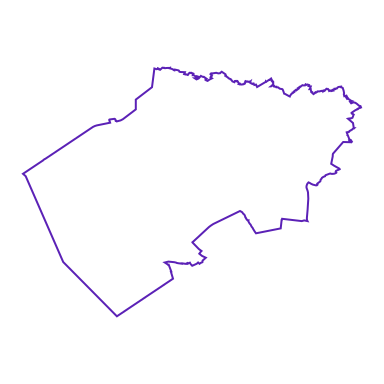 the district of Súdwest-Fryslân, Friesland, Netherlands
{"feature_id": "6326949B35163690822727", "entity_name": "Súdwest-Fryslân", "entity_type": "district", "adm_level": 2, "iso_a3": "NLD", "parent_name": "Netherlands", "parent_adm1": "Friesland", "projection": "natural_earth1", "projection_center": [5.609, 52.975], "detail": "fine", "context": "isolated", "style": "outline", "palette": "violet", "viewbox_px": 384, "rotation_deg": 0, "n_neighbors": 0, "source": "geoboundaries", "source_scale": "gbopen_adm2", "svg_char_len": 5680}
<svg xmlns="http://www.w3.org/2000/svg" viewBox="0 0 384 384"><path d="M23.0,173.8L25.7,176.2L63.2,262.0L116.9,316.3L173.0,278.7L170.9,271.7L171.3,271.6L168.7,264.7L168.2,264.9L168.0,264.6L164.8,262.5L168.4,261.6L174.3,262.2L176.1,262.6L176.6,262.9L178.0,263.2L181.8,263.7L181.7,263.3L182.0,263.3L185.9,263.9L186.0,263.9L185.9,263.8L187.4,263.0L187.9,263.6L189.3,262.8L189.9,262.7L190.0,263.1L190.6,264.0L191.9,265.5L192.1,265.4L192.4,265.7L196.8,263.7L198.1,262.5L199.5,263.8L200.7,262.9L202.4,262.2L202.6,260.6L205.8,257.7L202.0,255.9L199.3,253.7L200.7,251.8L201.5,251.0L198.8,249.0L192.4,242.4L192.5,242.1L192.9,241.9L209.0,227.0L211.0,225.5L213.3,224.0L240.0,211.0L242.3,212.3L243.0,213.5L244.3,214.6L244.9,215.7L245.3,217.0L245.6,217.4L245.5,217.5L246.7,219.5L246.9,219.5L247.6,220.4L248.5,220.3L248.4,221.2L248.9,222.4L249.8,223.8L250.6,224.6L251.5,226.5L252.7,228.0L253.1,228.9L254.7,231.5L256.0,233.3L280.7,228.4L281.5,221.1L281.6,220.1L281.8,220.1L282.1,218.8L301.8,221.1L304.2,220.4L307.5,221.1L307.1,220.3L306.9,219.4L306.9,217.8L307.6,209.7L308.3,198.7L308.0,192.4L307.6,190.8L306.5,187.7L306.5,186.1L307.0,184.5L307.4,183.7L308.5,182.4L309.5,182.8L311.1,183.8L312.8,184.6L316.0,185.4L316.8,185.3L317.4,184.8L317.5,184.7L317.1,184.0L317.2,183.7L320.1,181.5L320.5,180.9L320.5,180.2L320.7,179.6L321.6,178.6L321.9,177.9L322.4,177.5L323.5,176.8L325.1,176.2L325.4,175.4L325.6,175.2L329.8,173.6L330.3,173.5L331.1,173.8L332.2,173.9L333.5,173.8L334.6,173.6L336.1,172.9L336.3,172.7L335.9,172.2L335.7,171.5L336.1,170.8L339.7,169.2L339.6,168.9L339.3,168.6L334.1,165.7L331.2,163.8L332.7,156.5L332.8,154.5L333.0,153.7L343.2,142.0L349.8,142.2L349.6,141.6L350.4,142.1L350.7,141.9L350.7,141.7L351.5,141.5L351.7,141.9L351.9,141.7L351.3,140.8L351.1,140.6L350.8,140.0L349.4,139.4L347.9,135.5L347.4,135.2L347.5,134.8L347.4,134.1L346.9,133.0L346.7,132.3L347.4,132.1L347.9,132.2L349.0,131.9L349.2,131.7L349.3,131.5L349.4,131.1L349.6,130.9L350.7,130.5L351.2,130.0L352.0,129.7L352.9,128.7L353.5,128.5L353.9,128.5L354.2,128.2L353.8,128.2L353.0,123.0L348.0,118.7L348.4,118.6L351.6,118.2L352.5,117.7L353.5,115.0L353.3,114.7L353.5,114.5L353.0,114.2L352.6,113.7L351.8,113.6L351.7,113.4L352.2,113.1L351.8,112.6L355.5,110.1L357.7,109.2L357.6,108.8L359.1,108.2L359.5,107.6L359.9,107.8L360.4,107.8L360.6,107.5L361.0,107.4L360.5,106.1L359.0,105.7L357.1,104.0L355.4,102.8L354.6,102.6L353.2,102.4L351.4,103.2L351.2,102.6L350.8,102.8L349.9,101.5L350.6,101.0L351.4,100.8L350.4,100.4L349.7,99.7L348.6,99.2L348.1,98.4L347.1,98.9L346.1,97.3L347.1,97.0L346.4,95.6L344.3,96.2L343.8,94.1L344.0,93.7L344.1,93.2L343.6,90.6L342.7,87.9L341.8,87.5L341.1,87.3L341.1,86.6L338.4,87.0L337.5,87.6L337.0,88.4L334.8,88.7L335.0,89.2L333.4,89.5L332.8,89.8L333.3,90.6L331.2,91.1L330.8,90.5L329.2,91.0L329.1,90.3L328.9,90.3L328.3,89.4L328.2,89.5L326.8,88.7L326.4,88.8L324.6,90.8L324.1,90.4L323.1,91.4L322.9,90.7L321.8,91.0L321.6,90.9L321.3,90.9L319.5,91.4L317.5,91.4L317.3,91.8L316.0,92.6L315.5,92.2L314.8,92.8L315.0,93.0L313.5,94.1L312.0,92.7L312.2,92.1L311.6,91.7L311.2,91.8L310.7,89.3L310.7,89.1L309.6,89.1L310.3,87.8L310.8,86.4L308.6,86.1L309.0,85.0L307.4,84.5L306.7,84.9L305.6,84.3L305.0,85.4L302.8,85.4L302.4,85.2L300.9,86.3L300.5,86.5L300.2,86.5L298.8,87.5L299.3,87.6L297.9,88.6L298.0,88.7L297.7,89.0L298.0,89.1L296.1,90.5L295.7,90.0L294.0,91.4L294.2,92.0L292.8,92.5L293.0,92.9L291.3,94.0L289.8,96.2L289.8,96.5L289.7,96.5L284.8,93.8L284.2,93.7L283.9,92.9L283.6,91.9L282.9,90.0L282.4,89.2L279.6,88.6L278.2,87.4L276.5,87.3L276.4,86.8L276.1,86.9L273.9,86.5L273.7,86.2L274.0,85.6L273.8,85.4L272.6,85.6L272.3,85.5L271.0,86.4L270.9,86.4L272.3,85.3L273.2,83.6L273.3,82.8L272.2,81.5L272.8,81.3L271.8,80.0L271.1,78.5L270.6,78.9L270.7,79.1L270.1,79.3L269.2,79.8L269.3,80.0L268.8,80.0L268.4,80.3L266.1,81.8L266.0,81.7L266.0,81.9L265.5,82.0L257.1,87.0L256.5,85.6L256.4,85.6L256.0,84.6L254.3,85.0L253.6,83.5L252.4,84.0L251.8,83.4L251.4,83.5L249.8,82.5L250.2,82.1L250.4,81.5L249.6,82.1L249.2,82.0L249.2,81.6L247.9,81.7L247.2,81.4L246.9,81.7L245.7,81.2L245.5,81.9L245.2,81.8L245.1,82.4L245.3,82.4L244.9,83.5L244.3,83.6L244.3,83.9L243.5,84.3L242.9,84.2L241.9,84.6L241.2,84.4L240.0,84.5L239.9,84.4L238.8,84.1L239.4,83.4L238.6,83.1L238.3,82.5L237.6,81.5L237.7,81.4L237.4,81.0L236.4,81.3L236.1,80.9L234.9,81.0L234.4,82.2L232.4,81.4L231.6,80.2L231.1,79.8L230.9,79.5L230.6,79.4L230.6,79.1L229.5,78.7L229.3,78.5L228.7,78.4L227.6,77.2L226.4,76.6L226.2,75.9L225.3,75.8L225.3,75.4L225.6,74.6L225.5,74.3L221.8,71.8L221.5,72.2L220.7,72.4L220.1,73.2L218.3,73.4L216.2,72.8L213.1,73.3L211.2,73.3L210.5,74.1L211.7,75.1L211.3,75.8L211.7,76.0L210.6,77.2L212.0,78.3L209.4,79.6L207.6,80.9L207.4,80.8L207.5,80.5L206.7,80.3L206.4,80.4L206.2,80.1L205.5,79.9L205.5,79.7L206.1,79.3L206.5,78.8L205.4,78.4L205.3,78.2L205.5,78.0L203.8,76.8L203.3,77.0L201.5,76.3L200.9,75.9L198.6,78.5L196.5,79.4L194.7,78.2L195.8,78.1L196.4,77.4L197.8,77.0L198.0,76.6L196.6,76.1L196.1,76.3L195.6,76.3L194.4,75.7L193.9,75.2L192.7,75.2L192.8,74.4L193.3,73.6L191.3,72.8L191.0,73.1L189.9,72.7L189.6,72.8L188.5,73.7L188.4,74.3L187.8,75.0L185.9,74.3L185.6,74.5L184.1,74.1L184.9,72.2L180.4,72.0L179.4,71.7L179.0,70.8L178.6,70.4L175.0,69.6L174.6,70.4L174.0,70.2L173.9,69.6L172.9,69.5L171.9,68.9L169.9,68.4L170.1,68.1L170.1,67.9L169.9,68.0L169.6,67.9L166.1,68.0L165.1,68.2L163.9,68.0L163.9,67.8L162.4,67.7L160.1,69.8L158.5,69.2L158.9,68.8L157.9,68.3L157.7,69.0L157.2,69.0L156.7,69.2L154.4,68.5L152.0,87.2L135.8,99.6L135.8,109.4L122.9,119.2L120.6,120.4L116.8,121.4L116.4,120.8L115.7,120.9L115.2,119.2L114.5,118.8L109.5,119.5L109.2,119.9L110.1,122.7L96.8,125.4L94.9,126.0L93.0,126.9L45.2,158.9L44.6,159.1L43.4,160.0L43.2,160.3L23.0,173.8Z" fill="none" stroke="#5b21b6" stroke-width="2"/></svg>